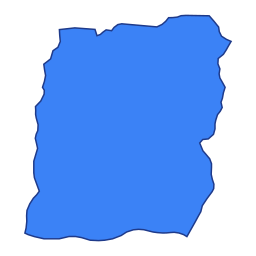 Arandu, São Paulo, Brazil
{"feature_id": "56859067B50939069677947", "entity_name": "Arandu", "entity_type": "district", "adm_level": 2, "iso_a3": "BRA", "parent_name": "Brazil", "parent_adm1": "São Paulo", "projection": "mercator", "projection_center": [-49.058, -23.176], "detail": "fine", "context": "isolated", "style": "filled", "palette": "blue", "viewbox_px": 256, "rotation_deg": 0, "n_neighbors": 0, "source": "geoboundaries", "source_scale": "gbopen_adm2", "svg_char_len": 1556}
<svg xmlns="http://www.w3.org/2000/svg" viewBox="0 0 256 256"><path d="M186.9,236.6L195.3,221.7L198.1,216.5L200.8,211.7L202.3,205.7L207.0,198.6L212.1,191.7L213.7,188.6L213.9,184.2L212.3,179.3L211.2,174.3L211.5,167.4L211.5,163.7L209.7,158.8L206.1,154.5L202.9,150.8L199.7,143.0L202.7,139.5L208.3,138.9L213.5,134.3L215.0,128.9L215.0,123.9L215.7,120.4L217.5,114.7L220.3,111.1L222.2,107.5L221.0,102.2L222.4,98.3L223.4,92.8L225.1,87.3L222.7,82.9L219.9,78.0L219.1,73.9L219.9,68.9L217.9,63.8L218.2,58.5L223.4,54.3L226.3,49.8L228.0,46.7L231.1,41.4L226.5,39.4L221.5,36.2L219.3,31.7L218.6,27.0L216.4,24.3L214.0,21.3L209.2,15.8L186.0,15.4L181.1,15.7L177.3,17.1L172.6,17.6L168.6,17.7L165.7,21.3L162.1,24.4L156.9,26.9L121.7,23.8L117.8,24.6L114.1,27.4L111.6,30.7L106.1,29.9L102.9,32.2L100.3,34.5L97.0,35.7L95.0,29.4L74.8,27.9L59.4,29.6L59.7,35.1L60.3,41.5L57.9,47.3L53.0,50.7L50.6,58.9L43.8,64.2L44.5,69.5L45.6,75.5L44.4,81.5L42.5,87.3L44.3,90.3L44.1,94.2L40.8,101.0L35.5,106.5L35.7,110.3L35.6,114.3L36.2,117.8L38.1,124.7L37.8,130.6L36.2,134.2L35.3,138.3L36.6,143.8L37.6,148.4L33.8,161.2L33.8,172.8L34.4,177.7L39.3,191.2L36.6,194.9L33.4,198.2L29.8,203.8L27.0,210.4L26.6,215.7L26.8,221.3L26.1,228.0L24.9,233.1L28.1,234.6L34.4,236.6L44.0,238.8L52.3,238.8L59.2,238.8L69.0,236.5L75.6,236.5L81.6,237.6L90.2,240.2L98.6,240.6L104.7,240.2L112.6,238.8L121.2,235.5L126.6,232.0L133.3,229.8L138.5,229.3L143.8,229.7L153.0,232.0L157.4,232.6L162.9,233.0L166.5,232.9L170.9,232.5L174.2,232.3L179.0,233.0L183.6,234.6L186.9,236.6Z" fill="#3b82f6" stroke="#1e3a8a" stroke-width="1.5"/></svg>